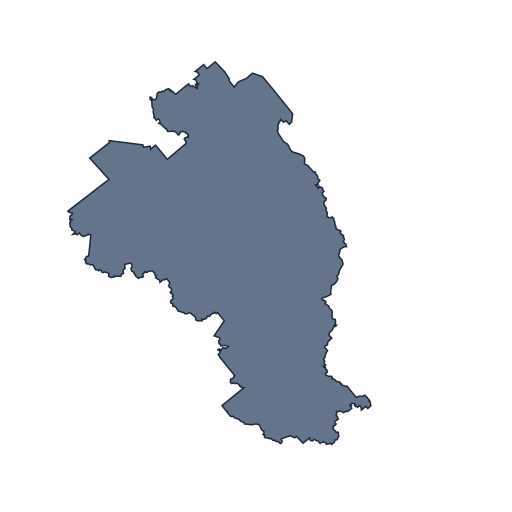 the district of Tablelands, Queensland, Australia, rotated 135°
{"feature_id": "25037944B5935933559707", "entity_name": "Tablelands", "entity_type": "district", "adm_level": 2, "iso_a3": "AUS", "parent_name": "Australia", "parent_adm1": "Queensland", "projection": "orthographic", "projection_center": [145.481, -17.834], "detail": "fine", "context": "isolated", "style": "filled", "palette": "slate", "viewbox_px": 512, "rotation_deg": 135, "n_neighbors": 0, "source": "geoboundaries", "source_scale": "gbopen_adm2", "svg_char_len": 6102}
<svg xmlns="http://www.w3.org/2000/svg" viewBox="0 0 512 512"><g transform="rotate(135 256 256)"><path d="M335.8,69.2L331.9,69.0L330.5,70.1L328.6,68.8L325.1,69.9L322.6,73.0L322.7,73.7L324.1,74.4L323.6,76.1L323.7,79.6L322.4,79.9L321.9,81.2L319.8,80.3L318.1,80.5L318.6,81.5L317.4,83.3L314.8,82.7L314.4,83.2L313.1,82.5L311.9,85.5L312.4,86.6L311.1,87.0L309.0,89.1L307.7,87.5L305.9,87.0L304.9,83.3L301.6,82.3L301.3,81.2L295.8,80.6L295.4,82.9L294.3,82.8L294.9,84.2L292.2,84.0L290.7,81.1L291.9,80.6L292.1,78.9L290.9,78.4L291.1,77.1L288.3,76.8L288.8,74.6L290.4,72.5L284.6,72.0L284.9,69.1L280.7,68.8L278.4,72.3L278.7,73.7L277.8,73.6L277.3,80.1L278.0,81.0L279.4,80.9L282.3,84.1L285.1,85.0L283.7,99.7L284.3,99.7L286.8,104.6L286.0,104.9L286.5,106.2L285.8,107.0L287.8,110.8L287.9,114.0L289.0,115.5L288.0,116.0L287.6,117.6L289.6,119.4L290.8,122.2L289.9,123.7L288.2,123.3L286.9,124.1L287.1,125.1L286.5,125.7L286.9,126.7L285.8,128.1L286.7,129.8L286.2,130.5L285.0,129.2L283.7,129.8L283.8,131.3L282.9,132.8L281.7,133.1L281.3,135.2L279.4,135.4L275.0,137.9L272.3,138.5L272.0,143.0L270.8,143.5L268.3,142.6L266.2,144.4L260.4,144.4L260.4,147.8L259.2,149.7L254.1,149.8L250.9,151.0L249.5,149.9L247.9,150.2L249.2,151.7L247.2,152.2L244.8,155.0L245.9,156.5L245.9,158.5L241.0,163.3L240.9,167.8L239.9,169.3L240.9,173.5L239.1,173.9L239.0,176.6L240.1,177.3L239.7,179.3L238.6,179.4L235.1,177.5L230.1,175.9L228.7,177.8L223.2,181.8L220.5,180.8L216.6,181.0L214.1,182.0L213.1,184.8L211.2,184.5L206.4,187.0L200.3,188.6L198.1,192.0L197.6,197.6L191.1,201.4L186.5,199.8L185.4,198.6L184.1,200.7L184.5,202.3L183.8,204.6L181.8,205.2L181.0,206.6L181.2,207.4L179.7,208.5L180.3,211.9L179.3,213.5L178.6,213.4L178.4,214.7L179.5,216.3L180.0,219.4L178.9,219.9L177.7,222.8L175.8,225.1L175.8,226.2L174.3,227.7L174.9,228.6L174.4,229.8L175.6,229.9L177.0,231.2L178.0,233.7L175.1,236.0L174.0,239.1L172.5,239.9L171.4,244.7L168.8,246.4L167.1,246.0L165.6,247.0L166.0,251.7L164.3,253.8L162.3,253.6L161.9,256.1L160.9,256.9L161.5,259.2L164.1,260.0L162.2,260.9L164.0,262.4L163.9,264.2L161.3,262.7L160.8,264.0L157.6,264.1L157.2,264.9L157.7,266.8L155.9,269.1L155.7,272.3L154.6,273.2L155.9,275.3L155.4,283.6L156.7,286.8L152.6,290.4L151.7,293.1L153.4,297.9L156.4,303.3L156.8,305.6L154.6,312.6L155.6,317.5L153.7,326.5L152.3,329.9L151.0,329.7L147.7,333.2L141.8,334.9L142.0,331.3L139.1,330.0L139.4,325.7L136.1,325.5L129.5,330.7L126.3,360.0L124.6,378.3L129.2,387.8L137.0,388.3L145.3,391.6L152.0,391.0L151.1,398.7L149.5,400.7L147.9,408.0L147.6,422.1L158.1,423.2L157.6,428.3L168.5,429.5L167.5,427.9L168.0,424.1L175.1,424.8L174.0,423.3L175.4,419.8L175.0,418.0L175.9,418.2L176.4,419.6L177.5,420.2L178.1,419.2L177.7,417.2L179.1,416.0L180.4,421.1L182.3,422.4L182.1,425.5L198.0,427.1L198.8,428.1L198.4,430.4L199.3,431.6L198.6,432.6L200.0,433.8L199.1,434.3L199.4,436.0L201.8,437.4L204.7,437.4L205.6,438.9L207.3,438.7L208.4,440.5L210.8,440.9L215.1,437.7L217.1,438.1L218.5,439.9L217.8,442.0L218.6,443.2L220.0,441.9L219.9,439.5L224.0,435.0L224.7,432.3L227.1,430.3L229.2,426.6L230.1,426.5L230.5,422.3L228.0,422.1L227.8,420.9L229.1,418.4L230.9,418.6L230.0,416.6L230.0,410.7L229.5,410.1L230.3,406.4L225.7,402.3L224.9,398.3L225.6,397.2L225.0,396.2L222.0,396.9L219.9,396.2L218.2,393.4L218.8,392.8L218.1,391.0L218.6,388.9L219.7,388.8L219.3,388.5L219.9,387.9L222.2,389.8L223.7,389.6L224.3,389.1L224.5,386.4L226.3,385.1L250.4,387.1L248.6,405.3L254.9,406.0L253.1,408.4L258.7,412.4L257.4,414.6L278.2,441.3L279.7,439.9L304.4,442.9L305.8,414.1L357.1,420.8L357.6,420.5L357.0,418.6L355.5,416.3L356.5,415.5L359.5,415.6L361.3,414.0L360.5,411.9L362.2,412.9L362.8,411.1L364.1,411.2L366.7,408.1L366.6,406.2L367.9,404.5L366.7,402.2L366.7,400.8L370.1,400.8L367.8,399.3L367.4,397.4L364.7,397.3L365.0,393.6L364.1,391.8L358.8,389.3L357.9,387.6L374.3,374.4L376.4,375.5L379.8,374.5L379.4,373.2L381.2,372.0L381.1,369.8L380.3,369.5L379.3,366.7L377.4,365.3L379.2,359.7L377.6,357.6L377.7,356.7L375.9,356.4L375.7,354.8L376.5,353.9L375.5,352.1L374.3,351.9L372.8,349.0L372.5,347.7L374.6,345.8L373.8,343.4L370.8,341.3L370.4,342.0L370.0,341.6L365.9,337.2L364.1,338.1L362.0,337.3L360.0,340.0L357.4,339.8L354.9,342.9L349.9,339.9L349.9,337.5L351.3,335.9L353.3,335.7L354.5,333.3L353.8,330.3L354.7,329.8L354.7,327.6L355.4,327.2L354.9,323.3L352.9,322.8L351.1,321.0L349.5,321.9L348.7,323.7L346.8,323.0L345.9,323.7L344.8,321.5L343.1,321.3L340.6,319.5L339.8,318.3L340.0,314.9L341.0,313.5L340.9,312.5L342.4,311.8L341.3,306.9L342.5,305.3L338.4,304.9L337.2,303.6L335.1,303.2L335.9,298.0L338.9,296.6L339.4,294.9L338.8,293.3L339.6,291.7L340.7,290.8L341.7,291.3L342.5,290.7L342.8,289.7L341.8,288.7L342.2,287.1L343.7,286.8L343.6,286.1L344.7,284.5L347.5,284.7L348.7,284.2L349.4,282.8L348.8,281.2L350.3,279.1L349.0,277.5L349.0,275.6L350.0,272.2L347.2,267.1L347.0,265.2L345.1,263.6L342.9,263.2L342.2,256.8L342.5,254.5L343.8,253.5L343.1,251.5L339.9,248.2L339.0,248.6L339.0,249.6L337.4,247.9L335.1,246.9L333.1,247.9L332.2,247.5L331.9,246.2L327.7,246.4L326.2,245.2L324.9,245.3L324.9,243.4L323.2,243.2L324.3,232.6L342.1,229.2L339.6,224.2L340.2,222.8L342.2,222.4L343.8,220.8L344.2,219.7L343.4,218.9L344.5,217.3L340.8,214.4L339.6,211.5L342.9,211.9L342.9,213.1L344.3,214.6L347.4,214.0L347.6,216.4L349.1,216.3L349.6,217.1L348.7,214.0L350.4,212.9L352.0,213.3L352.7,212.6L352.4,211.3L353.1,210.4L355.6,186.4L356.3,186.8L358.1,185.8L361.1,186.8L363.4,184.9L363.5,183.8L363.4,182.9L361.8,182.3L361.2,180.6L359.7,179.8L359.0,177.6L359.5,175.6L358.6,174.6L359.5,173.7L357.7,171.4L385.9,174.3L386.6,167.8L386.1,166.2L386.8,166.2L387.4,160.6L385.6,158.8L385.5,156.5L383.5,152.4L383.8,150.4L382.3,146.8L383.0,145.5L378.2,139.5L375.4,137.8L373.4,135.5L373.3,133.0L374.7,130.2L375.0,127.7L374.3,126.7L375.7,125.0L377.4,124.8L376.6,123.0L378.0,122.2L378.0,121.0L376.2,118.8L375.6,117.0L374.4,116.7L374.4,114.0L373.7,112.6L373.0,112.5L373.0,110.8L371.4,108.9L371.6,106.5L370.9,105.8L368.6,106.4L367.4,108.9L358.9,104.7L357.1,100.0L354.9,99.8L355.1,90.3L346.8,89.5L348.0,87.0L346.6,85.2L344.6,85.2L344.0,84.5L344.1,83.3L342.9,81.3L343.2,78.2L340.0,77.2L338.7,73.8L339.4,73.0L335.7,70.7L335.8,69.2Z" fill="#64748b" stroke="#1e293b" stroke-width="1.5"/></g></svg>